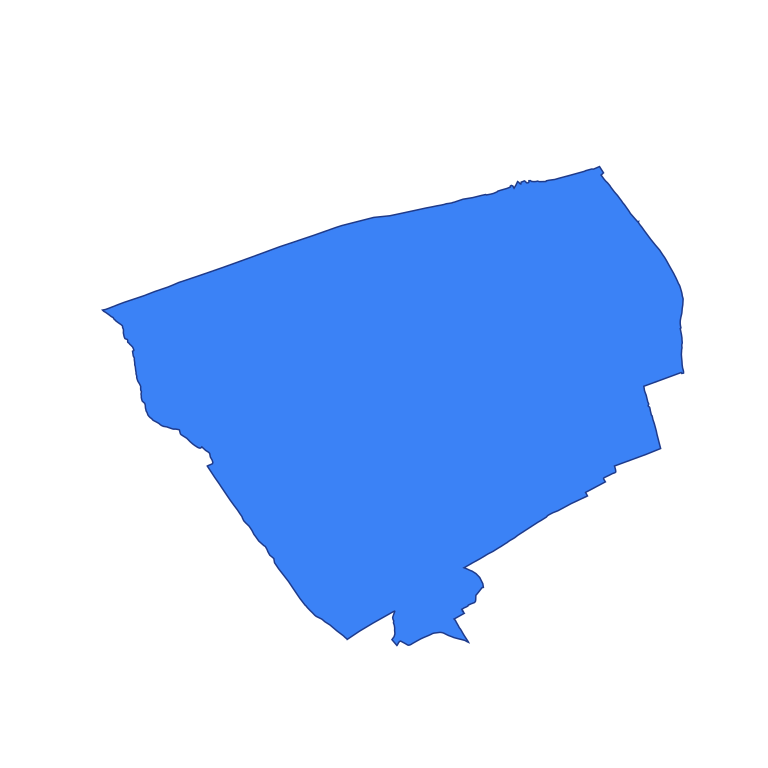 Lozna, Botosani, Romania (Robinson projection), rotated 192°
{"feature_id": "2599482B52450047421135", "entity_name": "Lozna", "entity_type": "district", "adm_level": 2, "iso_a3": "ROU", "parent_name": "Romania", "parent_adm1": "Botosani", "projection": "robinson", "projection_center": [26.277, 47.936], "detail": "fine", "context": "isolated", "style": "filled", "palette": "blue", "viewbox_px": 768, "rotation_deg": 192, "n_neighbors": 0, "source": "geoboundaries", "source_scale": "gbopen_adm2", "svg_char_len": 6157}
<svg xmlns="http://www.w3.org/2000/svg" viewBox="0 0 768 768"><g transform="rotate(192 384 384)"><path d="M458.2,530.2L463.6,527.1L484.0,514.6L514.7,496.5L540.7,480.1L566.5,464.1L589.9,450.0L605.9,440.6L611.1,436.9L615.5,433.9L627.3,426.9L637.4,420.3L654.9,410.0L659.8,406.9L666.9,402.2L669.0,400.8L671.9,399.0L674.7,397.8L673.2,396.8L671.2,396.2L666.9,394.3L664.7,393.2L662.8,392.7L662.1,391.9L661.2,391.0L660.5,390.8L659.3,389.9L657.5,389.1L656.2,388.5L653.3,387.3L652.1,386.6L651.7,385.9L651.3,384.6L650.7,384.0L650.1,382.8L649.7,380.7L649.6,379.8L648.0,376.2L647.0,374.8L646.9,374.6L646.2,374.4L644.4,374.2L643.9,373.7L643.4,371.7L643.2,371.5L641.8,370.8L640.9,370.0L639.5,369.2L637.6,367.9L636.7,366.7L635.9,365.5L635.7,364.7L636.8,363.8L636.1,362.0L635.1,359.3L633.6,357.5L633.3,355.8L632.3,353.1L631.8,350.9L630.9,349.3L629.8,345.9L628.9,343.7L628.7,343.1L628.7,342.4L628.0,341.3L627.4,340.0L627.3,339.1L626.8,338.0L626.1,336.8L625.2,335.4L623.1,333.2L621.8,331.5L621.4,330.8L621.2,329.4L620.9,328.2L620.5,327.1L619.8,326.4L619.6,325.2L619.6,323.7L618.9,321.9L618.6,320.3L617.8,318.6L617.0,317.1L615.2,316.0L614.1,315.4L613.2,313.9L612.3,310.8L611.8,309.9L611.1,308.2L609.8,306.8L608.5,304.6L607.2,303.5L605.7,302.5L604.1,301.8L602.5,300.6L601.3,300.2L599.8,299.8L597.4,299.1L595.7,298.5L594.2,297.6L592.8,297.1L592.0,296.9L590.6,296.7L589.4,296.8L587.3,296.9L586.3,296.7L581.5,296.1L580.6,296.1L578.2,296.6L575.3,296.7L574.6,296.6L573.7,294.7L572.8,293.0L572.0,292.3L569.7,291.4L565.6,289.9L561.7,287.3L558.7,285.6L556.1,284.4L555.2,284.1L553.2,283.3L551.7,283.0L550.8,283.0L550.4,283.1L549.6,283.7L549.1,284.6L544.7,282.0L541.5,280.8L540.1,279.9L539.7,279.0L538.7,276.5L536.2,273.7L535.1,271.7L535.2,270.4L536.6,269.3L539.0,267.7L539.8,267.0L530.2,257.5L524.2,251.9L521.5,249.2L510.4,238.5L505.4,234.0L501.0,230.2L497.9,227.1L495.4,224.8L494.5,223.3L492.7,221.0L490.3,219.3L486.4,216.9L482.7,213.3L479.9,209.8L477.9,208.1L473.9,204.4L468.0,201.0L466.3,200.4L464.0,197.8L462.7,195.8L460.1,192.8L455.5,190.4L453.9,186.4L448.7,181.4L436.5,171.1L428.9,163.7L421.7,156.8L415.0,151.1L414.2,150.8L412.7,149.5L409.5,147.3L406.5,145.4L403.6,143.4L402.0,142.6L396.0,141.1L394.8,140.5L392.5,139.2L386.6,137.0L378.9,132.8L371.4,129.3L369.5,128.1L367.2,126.9L366.9,126.5L356.6,137.1L345.2,147.7L327.5,163.3L326.4,164.0L326.2,163.7L326.7,160.2L327.0,157.5L326.3,155.7L325.2,154.3L325.1,152.3L323.8,150.2L322.8,147.5L322.4,145.2L321.6,142.7L321.4,141.7L321.5,140.4L321.6,139.0L323.1,135.6L317.0,130.9L316.8,131.2L316.6,132.1L316.2,132.9L316.1,133.8L315.3,135.3L314.7,135.8L314.3,136.0L309.5,134.6L306.5,133.6L305.8,133.6L304.7,134.0L303.8,134.6L303.1,135.2L302.2,136.1L297.9,139.9L295.0,142.4L292.3,144.4L288.8,146.8L286.2,148.7L284.5,150.1L283.1,150.8L277.6,152.7L275.6,152.9L274.1,152.8L272.9,152.5L271.0,152.0L268.6,151.4L265.1,150.9L263.0,150.5L257.0,150.2L255.7,150.2L253.6,150.1L251.6,150.0L249.4,149.3L247.6,148.9L247.9,149.3L253.4,154.8L255.5,157.1L256.8,158.6L258.2,160.1L259.7,161.3L260.7,162.6L263.8,166.1L265.1,167.7L266.6,168.7L265.3,169.8L257.8,176.4L259.8,178.0L259.4,178.2L261.1,179.8L259.6,181.1L259.0,181.8L257.9,182.5L256.6,183.5L255.7,184.4L255.6,185.2L253.1,187.1L251.2,188.3L250.1,189.0L249.4,190.2L249.4,191.8L250.0,195.2L250.2,196.4L249.3,198.0L245.7,205.2L244.5,205.7L245.8,209.2L250.1,214.6L254.5,217.6L259.0,219.3L260.6,219.5L265.0,220.5L267.5,220.9L260.5,227.2L254.0,232.8L247.7,238.7L246.6,239.7L244.6,241.3L242.5,243.0L238.2,247.2L235.9,249.3L234.6,250.6L233.1,252.1L231.7,253.5L230.8,254.3L229.6,255.7L228.4,257.0L225.7,259.4L224.2,260.8L221.7,263.8L220.6,264.9L204.7,280.8L202.0,283.2L199.0,286.1L197.5,287.6L197.0,288.6L196.3,289.6L195.2,290.6L191.9,293.3L187.6,296.1L176.9,305.2L176.2,305.8L161.7,316.8L164.3,319.9L154.5,328.1L147.1,334.3L149.4,336.7L149.6,337.5L149.1,338.2L144.7,341.6L141.9,343.9L139.7,345.2L139.0,346.2L139.6,348.1L140.3,349.5L141.5,351.7L112.6,369.9L100.0,378.4L106.6,391.7L107.9,394.7L110.1,399.0L111.5,401.7L113.6,405.2L114.6,407.5L115.3,408.8L116.0,409.2L117.8,413.0L119.0,415.9L119.4,416.5L120.5,417.1L121.0,417.4L121.1,417.8L121.1,418.4L120.9,419.4L121.1,419.8L122.2,421.2L125.0,427.1L125.3,427.7L126.5,429.5L127.6,431.3L128.0,432.1L128.6,433.8L129.4,435.8L114.1,445.4L95.7,457.0L94.9,456.2L93.7,456.8L93.3,456.9L93.4,457.7L93.7,458.7L94.0,459.4L95.3,461.9L96.4,464.9L97.2,467.9L98.3,471.4L98.9,473.4L99.3,474.8L99.8,478.3L100.0,479.1L100.0,479.9L100.0,480.8L100.1,481.6L100.5,482.7L100.8,483.9L100.9,484.8L100.8,485.7L100.9,486.6L101.1,487.2L101.8,489.5L102.1,490.9L103.3,494.1L105.8,499.9L105.2,500.6L106.2,502.8L106.8,504.6L107.2,506.5L107.4,508.0L107.5,511.0L107.4,514.6L107.5,516.0L108.0,519.9L108.2,523.5L109.0,528.8L109.3,529.9L110.5,532.1L111.3,534.3L112.0,535.8L112.8,537.3L114.1,539.7L115.0,541.3L116.0,542.6L116.9,543.5L118.2,545.4L120.9,549.0L122.4,550.8L123.4,552.1L129.6,559.1L133.4,563.5L135.8,566.1L138.4,568.5L142.1,572.2L143.6,573.4L147.3,576.2L153.2,581.0L158.4,585.6L160.7,587.6L164.4,591.0L167.1,593.2L168.4,594.5L168.8,595.2L168.8,595.8L169.4,595.3L172.7,597.7L177.2,601.1L178.3,601.9L180.6,604.3L183.2,606.7L186.1,609.4L188.2,611.0L189.9,612.7L191.8,614.3L194.8,617.0L197.0,618.6L198.7,619.9L203.1,623.7L204.0,624.7L205.2,625.7L206.6,626.8L207.4,627.4L209.1,628.4L211.2,630.0L215.1,633.5L213.8,635.3L213.5,635.9L213.2,636.2L218.4,641.5L223.8,637.7L225.5,637.5L231.1,634.6L232.2,633.7L245.3,626.9L255.7,621.6L259.4,619.6L265.0,617.6L267.5,616.5L267.8,615.7L270.8,615.0L274.1,614.2L276.0,614.4L277.3,613.7L279.5,613.1L281.9,612.8L283.0,613.4L284.5,613.0L284.2,611.8L284.9,610.7L286.3,610.4L287.3,611.1L288.7,611.9L289.2,611.7L290.3,610.9L291.8,610.0L291.8,608.1L292.9,608.3L294.0,609.2L295.4,609.8L296.3,606.1L297.5,602.6L299.2,604.5L300.8,604.7L301.6,603.8L301.6,602.7L304.7,600.7L309.8,598.0L312.8,596.3L313.4,595.4L316.5,593.2L319.1,591.9L323.2,590.2L323.9,590.5L327.9,588.7L336.1,584.7L345.1,581.2L352.4,576.9L352.9,576.5L354.2,576.0L355.2,575.3L355.9,575.0L357.9,574.2L360.5,573.3L362.4,572.2L365.0,571.0L367.7,569.9L369.0,569.4L374.0,567.2L379.5,564.9L385.9,562.0L401.5,555.0L413.2,549.8L428.7,544.8L458.2,530.2Z" fill="#3b82f6" stroke="#1e3a8a" stroke-width="1.5"/></g></svg>